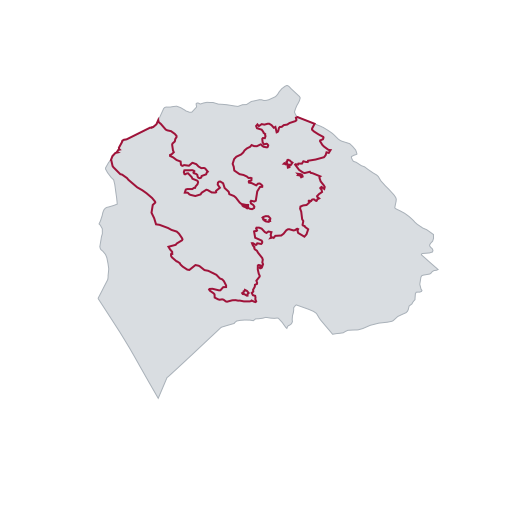 location of Oromiya within Ethiopia, rotated 113°
{"feature_id": "ETH-3131", "entity_name": "Oromiya", "entity_type": "Administrative State", "adm_level": 1, "iso_a3": "ETH", "parent_name": "Ethiopia", "parent_adm1": "", "projection": "equal_earth", "projection_center": [38.367, 6.948], "detail": "fine", "context": "in_parent", "style": "outline", "palette": "rose", "viewbox_px": 512, "rotation_deg": 113, "n_neighbors": 0, "source": "natural_earth", "source_scale": "10m", "svg_char_len": 9782}
<svg xmlns="http://www.w3.org/2000/svg" viewBox="0 0 512 512"><g transform="rotate(113 256 256)"><path d="M137.9,366.8L137.5,366.2L135.6,364.0L133.7,361.2L132.6,358.1L131.5,355.6L130.9,349.9L129.6,346.4L128.2,342.1L126.2,334.0L125.4,331.1L123.7,329.3L122.0,327.5L120.3,323.9L115.6,320.7L113.9,318.2L110.8,313.9L110.0,311.8L109.8,309.6L108.9,307.6L107.2,305.3L101.8,300.4L100.4,299.8L98.5,299.2L95.7,298.8L91.9,297.6L88.6,295.7L87.1,294.4L86.8,293.4L87.1,291.8L88.3,289.1L90.6,282.7L92.2,278.3L93.2,277.1L96.1,276.7L99.2,276.9L101.5,277.2L104.6,277.2L108.4,276.9L109.9,275.4L111.1,273.8L111.6,272.7L111.8,269.8L111.8,267.5L111.6,258.7L111.5,253.3L111.3,247.2L111.4,245.9L111.4,244.4L112.4,237.8L113.2,234.0L113.8,232.1L116.3,225.8L116.7,223.8L116.8,222.0L116.0,213.6L117.5,209.6L119.5,205.7L121.2,204.1L122.7,202.9L123.4,203.4L125.0,205.2L127.2,207.0L128.2,206.6L129.7,205.0L130.8,203.4L130.6,200.4L131.7,194.4L131.5,190.9L132.6,186.6L133.8,180.5L134.3,176.6L135.0,174.6L138.1,170.3L140.9,164.3L142.6,160.0L145.9,152.8L147.6,150.2L148.9,149.1L151.0,148.4L154.7,147.7L157.4,147.1L157.8,146.2L158.0,144.7L158.1,141.5L158.6,136.0L159.8,130.7L161.2,126.6L161.9,124.8L162.8,123.0L163.8,120.0L165.1,113.5L165.1,109.1L166.9,101.0L167.3,100.9L170.3,99.5L173.3,99.2L176.2,100.3L178.1,100.5L178.9,100.0L179.7,98.7L180.5,96.5L181.7,95.3L183.3,95.1L185.4,97.5L188.8,104.0L189.7,104.4L190.3,104.2L192.0,99.0L193.4,95.0L195.9,87.4L197.3,83.1L198.6,84.3L199.9,86.5L201.4,87.6L203.1,88.2L203.8,88.3L204.8,89.2L208.3,94.6L209.5,95.8L211.2,95.9L218.0,94.2L222.1,91.1L222.8,89.8L223.9,89.8L225.3,91.2L225.8,92.5L226.7,94.3L228.3,94.6L232.2,93.3L234.1,92.6L235.7,93.2L237.8,93.7L239.1,93.7L242.2,95.5L246.0,94.9L247.7,95.0L249.5,95.7L252.5,98.5L256.3,101.9L261.8,104.4L263.0,105.4L265.6,109.2L269.8,116.7L275.2,123.8L281.1,129.4L284.2,133.3L286.4,138.1L288.5,142.4L290.6,144.3L292.6,145.7L294.6,149.0L296.1,151.8L298.1,154.9L295.9,159.2L293.0,165.0L289.6,171.7L288.6,173.3L285.6,177.4L285.1,178.5L284.5,181.5L284.5,186.8L284.9,193.6L285.3,199.9L286.9,200.6L288.9,201.1L291.0,200.2L293.6,199.5L296.7,199.1L300.3,197.9L302.3,196.8L304.5,196.9L306.5,198.0L307.4,199.0L308.8,199.4L310.6,199.3L310.2,200.5L309.2,202.2L308.1,204.0L307.0,205.7L304.7,210.8L304.6,211.4L304.9,212.4L306.2,214.7L307.5,218.4L308.3,221.8L308.9,223.4L310.5,225.3L312.8,229.2L314.0,231.8L316.6,233.2L317.4,236.6L319.4,241.5L321.4,245.4L323.4,248.4L325.7,249.6L326.6,249.7L331.2,255.4L334.8,259.7L335.7,260.4L342.1,263.2L349.5,266.5L355.4,269.1L362.9,272.4L370.4,275.7L377.3,278.8L387.2,283.2L395.1,286.8L401.3,289.6L402.6,290.4L425.2,290.4L419.7,297.7L413.5,305.9L406.9,314.5L402.7,320.0L395.9,328.8L390.4,336.1L384.6,344.1L379.4,351.4L372.6,361.4L368.2,367.9L361.3,378.1L357.0,384.5L356.4,384.8L350.1,384.3L344.1,383.9L336.3,383.3L335.4,383.3L333.2,383.9L331.8,384.5L326.3,386.2L325.2,386.6L320.6,389.4L315.9,392.6L313.4,395.1L311.5,398.7L310.7,401.3L309.8,402.4L308.4,403.4L298.5,405.8L295.6,406.1L291.0,408.1L288.5,411.3L287.8,413.0L284.5,412.9L278.7,413.4L276.2,413.9L275.0,414.0L272.8,414.0L271.0,413.4L269.7,412.5L268.2,410.5L264.9,406.5L262.4,404.0L257.1,406.9L252.3,409.8L245.4,413.9L241.5,416.8L240.4,419.8L237.3,425.2L234.7,428.5L233.6,428.9L227.5,428.2L225.3,427.5L221.7,426.9L216.8,425.8L213.5,424.5L210.0,424.4L204.9,423.9L201.7,423.0L198.5,420.0L194.4,416.4L190.1,412.7L185.8,408.9L180.6,404.5L175.0,399.7L173.7,399.3L173.1,399.2L167.0,398.9L160.6,398.7L156.3,398.6L154.9,398.0L154.0,396.9L152.6,393.4L150.9,390.8L149.1,387.6L148.9,383.3L149.5,378.6L149.9,377.0L149.7,375.4L149.7,373.3L148.7,371.3L142.4,369.0L141.4,369.2L140.4,370.0L139.2,370.6L138.3,370.1L137.8,369.2L137.8,367.8L137.9,366.8Z" fill="#d9dde1" stroke="#a8b0b8" stroke-width="1"/><path d="M111.9,272.1L111.4,253.7L116.7,254.2L117.8,253.8L118.7,251.4L119.6,246.1L120.1,240.6L120.7,240.1L122.4,240.0L124.5,242.1L125.2,242.0L127.8,238.4L128.7,236.2L130.0,230.7L129.4,228.8L132.7,229.3L133.0,231.6L136.1,231.3L138.5,232.0L143.9,238.8L148.0,245.3L149.3,245.1L150.0,247.0L150.3,249.4L153.0,249.8L154.2,252.7L154.4,253.1L155.4,253.0L156.1,255.5L156.6,255.7L159.9,250.0L160.8,245.4L160.7,243.7L157.4,239.3L158.1,238.2L157.7,236.2L157.6,228.0L158.3,228.4L159.2,228.2L162.1,225.6L164.4,221.3L165.6,219.7L167.6,219.4L166.8,222.7L168.1,223.4L168.5,223.3L169.3,221.6L171.3,220.2L174.4,222.2L177.1,223.2L177.7,222.6L178.3,220.4L179.9,221.7L181.4,221.7L181.7,221.9L181.8,222.7L181.2,224.5L181.5,225.5L182.2,226.4L183.8,226.7L184.4,228.9L184.8,229.0L185.6,227.7L189.3,229.4L191.0,232.3L193.1,234.4L195.2,233.9L197.5,231.7L204.1,227.9L205.4,226.1L209.2,225.3L209.6,224.4L209.4,223.0L210.1,222.1L211.0,218.4L216.3,218.0L219.3,219.0L218.3,226.2L216.5,227.7L214.8,227.7L214.8,228.7L215.3,229.2L216.9,230.1L217.8,231.4L218.4,236.0L219.1,237.2L220.6,238.2L224.7,239.3L227.3,240.8L229.9,246.1L232.4,246.8L232.3,247.6L233.8,249.7L232.4,249.4L231.0,250.7L228.0,251.1L228.6,254.1L230.7,255.4L230.5,257.3L228.6,261.5L228.7,264.3L229.7,266.6L230.6,266.7L232.1,265.0L232.8,265.3L233.6,266.9L234.1,267.4L239.5,263.9L239.6,256.8L240.6,255.7L241.8,255.5L242.9,255.9L243.8,259.8L245.5,260.0L245.9,260.6L245.4,263.9L245.8,264.7L247.6,262.9L248.4,260.9L249.2,260.9L250.3,259.8L250.8,257.2L252.2,255.4L255.4,249.5L256.8,248.3L259.4,247.7L260.8,246.3L264.4,246.1L265.5,246.9L265.7,247.5L265.4,247.9L262.9,248.0L263.2,250.0L264.0,250.6L267.7,249.1L271.3,246.5L272.7,244.9L273.5,244.6L278.6,246.0L280.2,244.5L281.3,244.2L282.9,245.7L284.8,245.1L288.2,245.5L289.8,244.6L291.7,245.5L293.3,243.5L293.0,241.2L294.5,240.2L296.0,239.8L297.7,238.1L298.6,238.4L298.8,239.7L298.7,242.7L299.4,242.9L300.2,244.0L302.5,249.3L303.4,253.6L304.1,255.0L304.6,257.5L306.0,260.5L309.4,264.8L309.6,266.0L308.9,268.8L309.1,270.2L310.5,272.4L310.7,274.0L310.4,277.8L307.5,279.2L306.9,280.4L306.0,284.8L305.2,286.1L304.5,285.9L303.2,283.3L302.1,276.7L301.5,275.4L297.5,274.0L296.3,271.4L294.8,272.0L291.7,275.7L290.7,277.9L290.8,280.5L288.8,285.1L288.3,294.2L289.1,297.9L287.4,304.0L287.4,305.2L288.0,308.2L294.9,311.9L295.4,314.0L294.4,319.4L293.3,322.3L292.4,323.3L291.8,326.4L292.0,327.0L290.1,332.8L289.4,333.9L288.2,334.7L287.1,334.9L286.8,333.9L284.9,334.8L283.5,337.7L281.7,340.2L277.1,334.3L275.4,333.8L270.4,330.2L269.3,330.2L268.3,331.3L265.5,335.7L264.5,338.5L265.0,344.0L264.6,347.9L265.0,357.0L265.9,360.4L261.0,364.5L257.0,369.1L249.3,371.0L246.2,369.6L245.4,370.1L243.2,374.3L241.0,381.3L239.9,386.3L239.2,392.2L235.7,403.3L234.7,405.1L233.4,411.0L233.7,412.9L230.0,422.0L229.2,423.2L224.6,426.5L224.5,427.0L220.1,427.2L216.1,425.7L214.7,423.8L214.7,424.7L212.2,424.2L211.3,423.0L211.0,423.8L209.9,424.5L203.8,423.9L202.1,424.1L200.6,423.0L199.2,420.7L179.2,403.6L178.8,402.2L178.2,402.2L177.5,401.0L173.6,399.1L169.1,399.1L170.8,397.9L171.6,395.2L174.9,388.5L175.0,386.8L174.3,383.0L175.3,378.5L176.5,376.1L177.5,375.6L179.8,376.0L182.3,375.5L185.1,376.8L186.3,376.7L191.2,373.7L192.6,372.2L195.3,373.4L196.6,374.6L197.5,374.2L197.6,370.8L198.7,366.6L198.5,362.3L201.4,360.7L201.8,359.5L201.7,358.8L200.4,357.7L199.1,353.0L195.1,351.0L195.0,350.6L194.8,346.8L196.1,343.8L196.5,340.7L195.3,338.3L195.3,337.0L197.2,333.3L198.2,333.9L200.3,333.8L203.6,337.3L205.2,337.1L206.4,338.2L206.5,339.5L205.9,340.6L204.2,341.8L203.8,343.5L204.1,345.4L203.8,346.1L202.0,345.9L201.8,346.6L201.9,348.1L205.1,355.4L207.0,355.2L208.6,353.8L208.5,353.1L207.2,352.1L206.4,350.9L208.5,346.0L209.7,344.7L209.6,339.7L210.0,338.7L210.8,338.1L212.9,337.9L215.6,338.8L217.1,338.7L217.6,339.8L219.3,340.8L221.2,345.4L222.3,346.6L225.5,346.3L224.5,343.9L224.5,343.2L225.3,341.4L225.3,340.0L224.5,335.3L221.0,331.1L218.9,330.7L214.4,327.6L214.2,326.2L214.8,321.6L213.6,318.4L212.9,317.6L211.6,318.2L207.3,315.9L205.3,319.1L203.3,319.7L201.9,319.0L201.4,317.9L201.9,314.7L205.7,311.4L207.5,306.3L209.5,304.7L209.4,299.7L210.1,297.4L213.2,291.9L213.8,289.7L212.9,285.2L212.1,283.2L213.4,282.7L214.2,286.2L215.1,287.5L215.3,286.9L215.2,284.8L215.6,282.7L214.8,281.8L214.9,279.8L214.4,277.9L212.6,276.5L211.2,276.8L210.1,278.5L209.6,281.2L208.0,282.3L207.1,282.1L206.5,278.9L205.2,277.8L196.0,280.1L190.9,279.3L189.9,277.3L188.9,277.6L188.3,278.7L187.8,280.9L188.6,282.4L190.9,283.4L190.6,288.5L191.2,291.1L190.5,291.7L189.6,291.7L188.8,290.2L188.2,289.8L186.1,290.5L186.1,291.3L187.1,293.4L186.4,295.5L186.3,299.2L187.1,303.1L185.8,309.4L182.5,311.4L180.3,313.5L175.3,314.0L172.3,312.9L168.4,309.4L165.7,308.2L163.3,307.8L160.5,306.4L157.8,304.1L155.6,303.4L155.6,300.7L154.6,298.1L151.4,295.3L151.4,294.7L152.3,293.0L152.5,291.6L151.7,288.3L150.9,287.8L149.3,288.0L148.5,289.5L148.5,290.1L150.1,292.3L148.8,294.3L145.8,296.0L144.7,295.7L144.1,293.9L141.9,294.1L140.9,295.0L140.1,295.2L139.7,297.1L138.8,297.9L137.5,300.2L138.0,305.0L136.3,306.7L134.3,306.1L135.3,304.1L132.4,302.3L131.8,299.6L129.6,296.8L129.1,295.5L129.5,292.8L131.0,289.7L129.6,288.6L134.1,285.3L133.4,284.6L132.2,284.4L129.2,284.9L127.9,284.5L127.1,282.8L124.7,281.6L122.8,278.6L120.5,277.1L116.3,272.3L115.0,271.9L113.1,273.3L111.9,272.1ZM218.5,257.6L218.3,257.0L217.7,257.7L217.3,257.1L215.8,257.5L214.6,260.1L215.5,262.6L217.3,264.6L218.2,265.0L218.6,264.0L219.5,263.7L219.2,261.6L220.1,261.9L220.3,260.4L219.6,257.6L218.5,257.6ZM158.7,259.5L155.8,258.9L155.5,260.7L154.9,262.0L154.9,264.1L155.5,264.6L156.6,264.3L157.4,264.7L158.3,263.7L159.3,265.1L159.4,266.1L160.2,266.4L159.8,265.2L160.1,264.6L159.5,263.4L159.8,261.0L159.0,261.0L158.6,260.2L158.9,259.6L158.7,259.5ZM295.6,254.2L296.2,253.3L295.7,251.7L296.1,248.9L295.8,248.3L294.3,248.9L292.9,248.3L291.7,250.6L291.5,253.0L292.7,252.9L293.4,253.6L294.4,253.2L295.6,254.2ZM165.2,249.0L164.6,246.9L165.9,245.2L164.7,244.1L163.5,245.0L163.2,246.7L164.0,249.7L164.4,248.8L165.2,249.0ZM160.9,262.0L162.2,261.2L161.2,260.0L160.0,261.1L160.9,262.0Z" fill="none" stroke="#9f1239" stroke-width="2"/></g></svg>